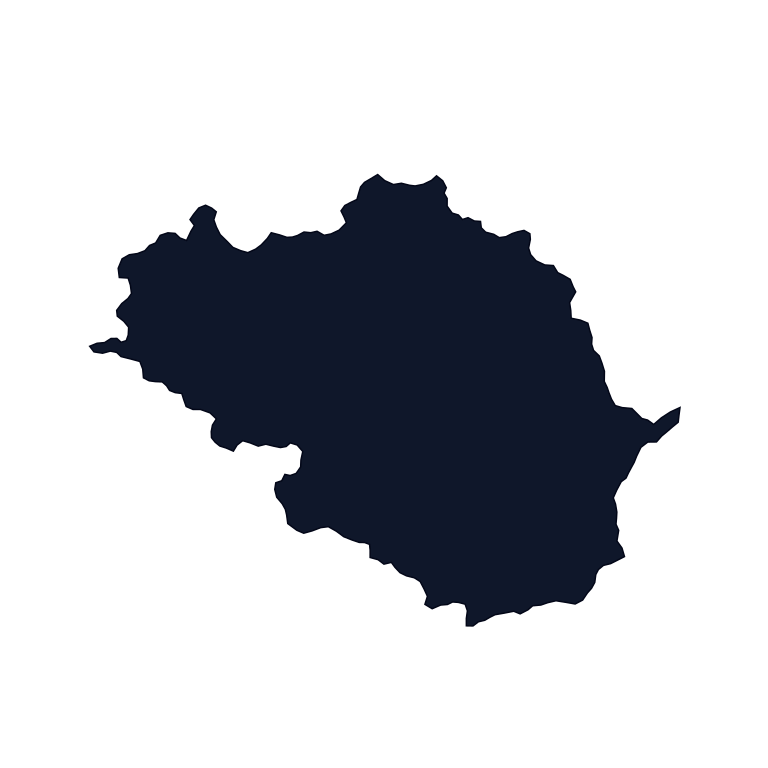 the district of Entre Rios de Minas, Minas Gerais, Brazil, rotated 14°
{"feature_id": "56859067B35453234944232", "entity_name": "Entre Rios de Minas", "entity_type": "district", "adm_level": 2, "iso_a3": "BRA", "parent_name": "Brazil", "parent_adm1": "Minas Gerais", "projection": "orthographic", "projection_center": [-44.105, -20.704], "detail": "fine", "context": "isolated", "style": "filled", "palette": "ink", "viewbox_px": 768, "rotation_deg": 14, "n_neighbors": 0, "source": "geoboundaries", "source_scale": "gbopen_adm2", "svg_char_len": 3417}
<svg xmlns="http://www.w3.org/2000/svg" viewBox="0 0 768 768"><g transform="rotate(14 384 384)"><path d="M659.1,493.3L654.6,485.6L648.0,480.0L647.1,469.2L643.0,463.9L642.1,458.1L640.9,451.9L637.7,444.5L634.0,439.0L635.5,430.5L637.8,421.4L641.6,416.7L642.7,411.1L644.2,405.2L645.7,399.5L646.6,392.8L648.6,383.3L654.0,376.5L662.4,374.3L666.0,367.3L669.7,362.3L674.3,355.8L678.7,349.9L677.7,342.3L676.9,335.2L668.6,341.9L661.4,349.6L655.5,358.0L648.5,355.2L642.5,355.1L637.4,352.0L630.4,347.8L620.8,349.3L613.6,349.0L608.4,343.7L604.4,338.1L601.4,333.4L597.1,328.2L594.8,318.3L590.4,311.0L586.1,304.7L579.2,300.7L575.8,295.1L574.6,288.6L570.6,282.1L567.1,275.7L559.0,274.5L549.7,274.9L547.4,267.4L544.4,260.1L545.9,254.6L547.7,248.2L544.0,243.9L539.3,237.4L531.5,235.2L525.6,233.9L519.7,228.1L511.2,229.6L501.7,227.7L495.0,223.0L491.4,217.1L491.0,208.2L489.2,202.9L482.7,201.1L476.8,204.0L472.0,207.0L466.7,211.6L460.4,214.1L454.3,212.2L445.9,212.1L440.6,208.9L438.3,202.9L432.3,204.0L425.3,202.3L420.3,205.4L415.3,202.0L408.8,201.7L402.2,196.1L400.4,188.7L396.1,184.3L397.0,178.5L391.8,172.6L384.6,169.3L380.8,175.0L373.9,180.7L366.3,184.3L360.8,185.0L352.3,185.0L344.9,188.2L335.5,186.5L327.2,182.3L321.4,188.1L316.3,193.1L313.6,198.5L313.3,205.4L313.1,211.5L308.1,215.6L302.8,220.3L300.4,226.4L304.9,231.7L308.5,236.6L303.2,245.6L296.3,251.2L289.9,254.2L282.1,252.0L276.4,254.9L269.6,255.9L264.2,260.8L259.6,263.6L254.3,265.2L246.7,264.6L238.0,264.5L235.6,271.0L231.2,278.8L226.8,284.2L220.1,289.5L212.7,289.3L204.3,288.0L197.6,283.8L188.9,278.7L183.4,272.3L179.1,265.8L179.6,257.5L174.2,255.0L167.6,253.7L161.7,258.0L158.2,265.5L156.0,271.4L161.7,276.1L159.7,282.5L157.7,292.5L150.7,291.7L144.9,288.4L137.7,289.6L130.9,293.9L128.3,302.4L123.0,306.3L119.8,312.5L113.2,317.1L105.6,320.2L99.6,325.9L98.1,336.0L101.4,344.7L110.1,343.1L114.0,349.4L117.1,357.3L114.9,363.0L110.1,369.4L106.8,377.2L108.8,382.7L116.4,386.1L122.5,390.7L124.0,398.4L123.4,404.3L118.8,407.1L113.8,404.4L108.1,405.9L102.9,411.4L95.7,413.9L89.3,418.6L94.8,423.0L103.5,422.2L110.5,418.3L117.0,418.0L122.2,421.0L132.3,421.0L141.7,421.2L146.3,427.9L149.1,436.2L155.4,437.7L161.5,437.0L168.3,435.6L173.5,438.3L177.5,442.1L183.5,442.9L190.1,442.1L193.4,447.5L197.5,453.7L204.7,454.9L212.2,453.1L222.2,454.1L229.8,458.4L227.5,465.4L227.9,472.0L229.6,477.8L234.2,481.3L239.7,483.9L246.3,484.3L254.1,485.6L256.2,478.8L260.6,473.2L268.3,473.5L277.0,474.7L283.9,471.0L291.6,471.0L298.9,470.7L304.2,468.3L307.3,463.8L314.5,464.2L321.5,469.1L321.8,477.8L323.2,484.6L320.4,492.0L315.1,495.5L309.7,495.7L308.2,502.6L302.9,506.0L303.5,512.7L307.3,519.8L314.2,524.8L318.6,529.5L321.2,534.6L324.4,542.7L334.8,547.0L342.2,548.2L349.8,543.9L357.3,538.7L364.5,535.9L373.5,538.4L381.9,541.9L390.9,543.1L398.3,543.7L403.5,542.5L408.8,543.1L410.8,548.8L412.5,555.7L420.8,555.9L427.5,558.8L434.3,555.3L439.1,559.3L445.2,563.2L452.2,564.7L460.3,564.7L466.9,566.9L472.4,573.1L477.5,579.5L477.0,587.9L485.1,590.4L492.4,584.8L498.9,582.6L503.3,578.9L509.0,577.9L516.0,578.0L519.8,583.9L520.6,591.5L522.4,598.7L528.9,597.2L533.1,591.9L538.9,588.9L543.1,584.8L547.5,581.0L555.9,577.3L564.9,573.1L571.7,574.1L578.4,568.2L581.9,563.2L589.7,560.5L595.7,556.6L603.3,552.7L613.7,551.8L622.7,551.2L629.0,545.6L631.9,537.6L634.8,532.0L636.5,525.5L635.6,517.7L636.9,512.2L640.8,506.9L647.3,503.5L653.0,498.6L659.1,493.3Z" fill="#0f172a" stroke="#020617" stroke-width="1.5"/></g></svg>